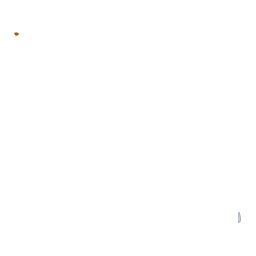 Alamoni, Tuvalu (highlighted)
{"feature_id": "33948139B55306304782384", "entity_name": "Alamoni", "entity_type": "district", "adm_level": 2, "iso_a3": "TUV", "parent_name": "Tuvalu", "parent_adm1": "", "projection": "equal_earth", "projection_center": [177.156, -7.249], "detail": "fine", "context": "in_parent", "style": "outline", "palette": "amber", "viewbox_px": 256, "rotation_deg": 0, "n_neighbors": 0, "source": "geoboundaries", "source_scale": "gbopen_adm2", "svg_char_len": 599}
<svg xmlns="http://www.w3.org/2000/svg" viewBox="0 0 256 256"><path d="M240.3,220.9L238.9,222.5L238.4,222.5L238.9,219.2L238.6,215.7L238.7,213.0L239.2,212.5L240.1,215.7L240.6,219.6L240.3,220.9Z" fill="#d9dde1" stroke="#a8b0b8" stroke-width="1"/><path d="M15.4,33.5L15.4,33.8L15.5,34.0L15.7,34.3L15.8,34.3L16.0,34.4L16.1,34.5L16.3,34.6L16.5,34.6L16.8,34.7L17.0,34.7L17.3,34.5L17.3,34.4L17.5,34.3L17.5,34.2L17.6,33.8L17.3,33.7L17.3,33.8L17.3,34.0L17.2,34.2L16.8,34.2L16.7,34.2L16.5,33.9L16.4,33.9L16.2,33.9L16.1,33.7L15.9,33.5L15.7,33.5L15.4,33.5Z" fill="none" stroke="#b45309" stroke-width="2"/></svg>